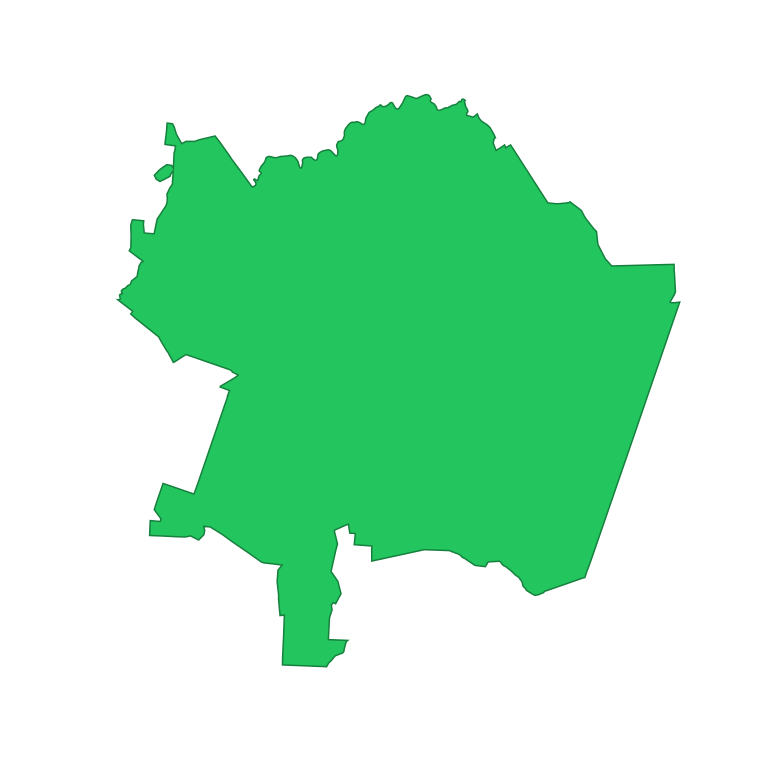 Zalves pag., Neretas, Latvia (orthographic projection), rotated 100°
{"feature_id": "27541924B93655267023488", "entity_name": "Zalves pag.", "entity_type": "district", "adm_level": 2, "iso_a3": "LVA", "parent_name": "Latvia", "parent_adm1": "Neretas", "projection": "orthographic", "projection_center": [25.189, 56.336], "detail": "fine", "context": "isolated", "style": "filled", "palette": "green", "viewbox_px": 768, "rotation_deg": 100, "n_neighbors": 0, "source": "geoboundaries", "source_scale": "gbopen_adm2", "svg_char_len": 6080}
<svg xmlns="http://www.w3.org/2000/svg" viewBox="0 0 768 768"><g transform="rotate(100 384 384)"><path d="M175.6,630.6L173.7,632.0L167.0,635.4L164.4,637.5L164.7,642.9L174.0,642.0L185.9,641.4L186.1,641.2L186.1,640.9L185.7,630.7L189.1,630.6L189.3,630.3L192.4,630.9L207.8,628.9L205.6,631.1L205.7,636.0L209.6,640.0L212.4,642.5L218.3,646.4L221.7,644.0L223.5,639.9L221.7,637.3L216.6,630.8L214.9,630.6L210.6,628.6L224.1,627.1L227.9,628.9L233.8,630.5L234.2,630.8L238.8,629.7L242.2,629.2L246.2,629.6L260.9,636.0L276.0,636.5L276.7,643.6L276.9,646.1L276.8,646.4L268.5,648.7L265.0,648.9L265.9,660.3L266.1,660.3L271.6,661.0L281.3,658.9L293.6,657.0L297.1,658.0L302.1,648.3L305.0,642.5L305.5,643.0L306.2,644.2L306.6,644.4L310.5,645.8L311.4,645.6L316.8,645.9L321.2,645.8L321.7,646.2L322.2,646.9L324.0,648.4L326.3,650.5L329.2,651.0L330.4,651.5L331.5,653.3L332.6,654.1L334.2,654.9L334.5,655.6L336.4,658.1L337.0,658.1L337.8,658.8L338.1,658.8L339.3,658.2L340.5,657.3L340.8,657.5L341.1,658.8L341.4,659.3L342.0,659.7L342.7,659.8L345.9,658.5L346.5,658.9L346.8,659.2L347.1,660.1L347.2,660.8L349.9,655.9L356.0,644.1L359.1,645.6L362.7,639.7L376.7,614.1L379.9,611.6L387.5,605.1L389.7,603.1L389.7,602.8L399.3,595.2L398.4,593.9L391.4,586.4L389.4,584.0L396.9,537.3L398.7,535.1L400.5,529.2L401.9,530.2L403.9,532.2L414.7,544.8L415.5,544.8L417.2,535.0L422.7,536.0L422.6,535.7L512.5,549.8L525.4,552.0L520.3,584.3L541.8,587.7L547.7,588.4L555.4,580.3L558.3,580.6L559.1,590.5L573.9,588.5L572.0,574.5L570.5,562.3L569.6,556.1L569.0,552.6L567.2,548.3L569.8,539.4L563.7,535.2L559.5,535.1L556.5,536.4L556.3,536.0L555.4,536.5L555.0,530.3L557.9,522.9L560.5,516.6L565.8,505.8L574.1,487.6L580.7,473.7L581.0,470.8L580.4,461.7L580.0,452.9L585.8,456.1L597.3,454.9L610.3,451.1L614.1,450.5L623.1,448.1L627.9,446.8L628.6,446.2L628.9,446.5L630.1,446.2L628.9,442.0L646.0,439.6L671.4,436.3L678.3,435.2L672.4,391.9L672.5,391.5L668.3,390.0L665.7,388.0L660.6,385.1L659.8,384.3L658.7,382.4L657.4,380.4L657.1,379.7L656.6,378.9L656.1,378.1L655.5,377.7L654.0,377.0L653.0,377.2L651.4,377.1L645.3,376.6L643.8,376.0L642.8,375.2L645.4,394.4L625.2,396.9L623.1,397.0L615.4,395.9L611.1,397.5L608.1,396.1L608.8,393.5L598.0,389.9L586.3,395.2L577.8,403.6L556.3,402.6L549.6,402.0L538.3,407.0L536.6,407.4L530.2,398.0L528.2,394.7L536.8,391.8L536.2,386.3L547.4,385.4L545.7,368.3L545.8,367.6L548.4,367.5L560.5,365.3L540.2,315.7L536.7,290.7L536.9,289.7L537.4,288.2L537.4,287.3L537.7,285.5L538.2,283.9L538.3,282.0L539.2,279.5L540.0,278.1L540.7,277.5L541.1,276.6L541.6,275.2L541.7,274.5L546.8,263.0L546.3,252.5L541.1,250.5L538.5,239.5L539.2,238.2L541.4,235.9L542.1,234.8L542.6,232.9L543.2,231.2L544.0,230.2L545.0,227.9L546.4,225.8L546.9,224.7L548.2,223.2L548.7,222.4L549.8,220.4L551.1,217.4L552.4,216.4L553.8,214.8L555.1,213.6L559.0,211.9L560.8,209.4L562.4,207.9L563.0,206.7L564.6,202.7L565.8,199.2L565.9,198.7L564.6,195.0L563.6,193.7L562.2,191.2L561.5,190.5L560.2,189.8L559.7,189.2L559.7,188.7L540.5,154.4L539.7,152.6L531.5,151.4L530.2,151.0L522.1,149.6L410.1,131.8L252.0,107.0L253.4,111.5L254.1,115.2L253.5,116.5L246.0,113.7L246.0,113.9L243.0,112.9L224.5,117.2L223.3,117.6L215.8,119.1L228.2,180.2L222.3,187.8L209.4,197.6L197.0,201.2L194.5,204.6L186.5,213.5L184.0,215.8L178.8,219.8L172.3,232.5L173.2,233.3L174.3,236.6L176.5,244.8L177.2,254.1L126.6,300.8L127.9,302.5L130.3,305.2L127.6,306.7L131.1,310.3L134.5,314.2L127.8,318.3L124.7,318.2L122.2,317.6L122.1,317.1L119.6,318.7L113.2,324.0L111.0,327.1L108.3,333.4L105.8,336.5L101.8,339.0L105.7,342.4L105.2,347.6L105.2,349.2L103.1,349.6L101.8,348.8L101.2,348.7L100.5,348.8L98.9,349.8L96.7,351.7L95.9,352.1L94.4,352.6L93.5,353.2L93.4,353.1L92.2,353.9L91.8,353.9L90.7,353.2L89.8,354.7L89.7,355.2L89.8,356.0L90.0,356.5L90.3,356.8L92.2,357.1L92.6,357.4L92.7,357.9L92.6,358.4L92.7,359.0L95.6,361.0L96.3,362.0L97.9,365.5L100.9,369.2L101.2,370.2L101.4,371.3L101.7,372.2L103.3,374.2L104.7,376.5L105.0,377.5L104.8,379.0L104.2,379.6L102.0,380.6L99.6,383.1L99.2,383.8L98.5,386.1L98.0,387.0L97.2,387.6L96.7,387.7L95.3,387.1L94.9,387.2L92.3,389.3L91.7,390.5L91.6,391.6L91.6,392.5L92.4,394.4L93.2,395.7L97.0,401.2L97.3,402.2L96.8,404.4L96.0,410.5L96.1,411.6L96.6,412.2L98.1,413.0L103.8,414.4L109.4,416.9L110.2,417.3L110.6,418.0L110.9,418.7L110.8,419.5L110.4,420.4L108.7,422.0L106.0,424.2L105.5,425.0L105.6,425.9L105.9,426.7L107.5,427.7L108.6,428.7L109.6,429.7L110.5,431.2L110.9,432.2L111.0,433.2L110.9,434.0L109.7,435.7L110.0,436.4L111.0,437.2L111.8,437.5L112.7,439.5L113.5,440.2L115.5,441.8L116.6,442.9L119.1,445.8L124.3,447.7L126.7,448.1L128.1,447.9L130.4,448.0L131.1,448.2L131.6,448.6L131.9,449.2L132.0,449.9L131.7,451.3L130.9,453.0L130.6,454.1L130.4,455.2L130.4,456.0L130.6,456.9L131.6,459.0L131.6,460.4L132.1,461.5L132.9,462.5L134.8,464.0L139.2,466.2L141.3,466.8L143.4,466.8L146.1,466.1L149.6,466.6L151.5,467.7L152.4,469.1L152.8,470.4L153.7,471.4L154.5,471.5L156.6,472.1L157.5,472.0L159.8,471.2L161.7,470.0L163.3,469.9L165.7,469.5L166.5,469.6L167.4,470.2L167.6,470.5L167.6,471.1L167.4,471.6L163.8,476.5L163.4,477.3L163.0,478.7L163.0,479.5L163.3,480.4L165.2,485.0L167.1,487.4L168.6,488.6L169.0,488.8L174.0,488.8L175.2,489.3L175.6,490.3L175.4,491.3L175.2,492.1L173.5,494.7L173.3,495.3L173.9,497.5L173.8,498.4L173.9,499.0L175.4,502.2L177.1,503.1L178.1,503.2L179.7,502.6L183.5,502.5L185.4,502.9L185.8,503.3L185.9,503.8L185.4,504.4L184.7,504.9L181.7,506.5L180.5,506.9L178.1,508.9L176.5,510.7L175.7,512.4L175.1,514.2L175.0,515.2L175.2,516.5L176.0,518.2L177.0,521.7L177.8,525.2L179.9,529.4L180.1,531.4L179.8,535.2L179.8,536.1L179.9,536.9L180.7,538.5L181.2,539.1L181.8,539.4L185.0,539.8L186.7,540.4L191.0,542.8L194.3,543.8L195.4,544.0L196.0,543.8L196.2,543.6L196.8,542.3L197.2,541.9L197.7,541.5L198.2,541.5L200.9,543.3L205.3,543.7L205.6,544.4L205.6,544.7L204.7,546.4L204.6,547.0L204.8,547.5L205.0,547.7L205.4,547.8L205.9,547.4L206.9,546.2L208.3,545.1L209.6,544.8L210.2,544.9L211.0,545.3L212.0,546.5L212.3,547.3L212.8,547.5L212.8,548.2L199.4,562.0L188.5,573.6L186.3,575.5L174.3,587.7L169.1,593.4L175.2,607.6L176.0,609.2L177.9,612.5L179.4,621.0L182.4,625.0L175.6,630.6Z" fill="#22c55e" stroke="#15803d" stroke-width="1.5"/></g></svg>